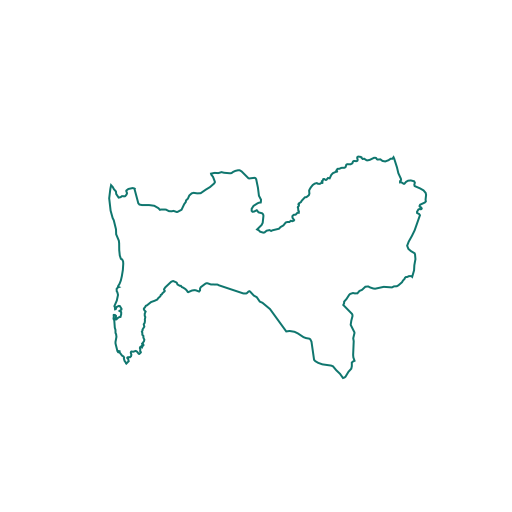 the district of Mogincual, Nampula, Mozambique, rotated 138°
{"feature_id": "85939544B68532442394498", "entity_name": "Mogincual", "entity_type": "district", "adm_level": 2, "iso_a3": "MOZ", "parent_name": "Mozambique", "parent_adm1": "Nampula", "projection": "mercator", "projection_center": [40.17, -15.431], "detail": "fine", "context": "isolated", "style": "outline", "palette": "teal", "viewbox_px": 512, "rotation_deg": 138, "n_neighbors": 0, "source": "geoboundaries", "source_scale": "gbopen_adm2", "svg_char_len": 6134}
<svg xmlns="http://www.w3.org/2000/svg" viewBox="0 0 512 512"><g transform="rotate(138 256 256)"><path d="M316.3,405.6L319.5,403.2L326.5,397.1L333.7,387.0L337.1,380.2L337.8,377.7L342.2,369.5L345.4,365.7L347.7,359.1L349.3,356.9L353.7,351.9L356.9,347.5L358.3,344.3L357.8,343.1L358.0,342.1L358.4,340.9L359.8,339.1L364.3,334.7L369.3,330.7L372.9,328.2L375.9,326.7L378.8,325.8L379.1,325.4L378.8,324.7L379.8,325.1L381.6,324.8L383.1,323.0L383.3,321.8L384.6,319.4L389.3,316.0L394.8,313.5L395.0,312.6L396.4,310.7L395.8,310.4L393.8,311.4L391.3,310.7L390.7,309.9L391.3,306.7L391.9,306.2L394.2,306.5L393.7,304.7L393.9,304.3L395.2,302.9L397.5,301.4L398.3,302.0L399.9,302.4L402.2,302.3L403.2,303.1L402.7,303.6L401.5,303.9L400.1,305.2L400.3,306.6L401.2,307.4L401.4,307.3L401.6,306.7L403.9,304.7L404.4,303.0L408.9,297.2L409.9,295.1L411.9,292.8L412.3,291.5L413.8,289.3L418.0,286.1L419.0,284.9L422.6,278.1L422.6,277.6L421.9,277.5L421.1,276.5L421.5,276.0L422.3,276.0L421.9,275.4L422.2,271.5L421.7,270.1L421.9,268.9L422.8,268.2L423.9,265.9L424.1,263.8L424.4,263.3L424.4,262.8L421.0,263.0L419.8,265.3L419.9,266.4L419.6,266.6L418.9,266.5L417.4,265.1L416.0,265.1L414.7,266.0L413.8,267.9L413.0,268.4L412.5,268.4L411.3,267.0L409.0,266.0L408.7,265.5L408.4,264.5L408.6,261.8L408.2,261.3L406.1,261.4L405.8,261.9L405.8,262.8L404.5,264.0L403.9,265.3L403.1,265.8L402.4,265.7L402.0,264.3L401.3,264.6L401.4,265.3L401.1,265.7L400.5,265.7L399.9,265.0L399.5,265.0L399.4,265.5L400.0,265.8L399.6,266.5L399.2,265.8L398.9,265.8L398.7,267.1L396.3,267.6L395.0,268.5L394.3,270.7L393.2,271.9L393.2,273.5L391.8,275.1L391.5,276.1L390.1,276.6L389.5,277.3L386.3,278.2L385.1,280.4L383.5,280.8L381.9,282.1L381.1,283.2L379.1,284.7L378.7,286.0L377.4,287.5L375.2,288.6L375.3,290.2L374.9,291.6L374.4,292.0L373.0,292.1L371.2,292.7L370.1,292.3L364.8,292.0L361.4,290.6L358.5,289.7L357.0,290.1L354.0,290.1L352.8,290.8L351.7,290.5L350.5,290.9L347.5,290.9L347.1,291.2L346.9,292.5L346.4,292.9L344.4,293.4L336.4,293.6L335.1,293.2L334.3,292.8L333.0,290.0L332.8,289.1L333.4,287.4L332.6,284.9L331.8,284.1L331.9,282.5L331.3,281.3L330.6,278.7L330.5,276.7L330.8,275.0L330.6,274.5L326.7,273.2L324.7,271.9L323.7,270.8L322.1,267.7L320.6,267.9L319.3,269.3L317.8,269.8L312.3,269.3L311.2,269.0L310.3,268.2L308.6,265.1L303.7,260.5L303.2,259.1L290.5,236.7L288.5,234.8L287.6,234.5L285.3,234.6L284.4,234.2L284.2,233.5L284.1,228.0L283.0,224.9L283.7,219.6L282.5,216.9L281.1,207.2L284.0,179.7L281.2,177.8L278.1,173.9L276.7,170.5L275.0,163.9L273.8,161.6L271.7,158.9L271.4,157.8L272.1,155.2L282.3,140.0L282.3,138.2L281.3,135.0L279.2,131.1L273.5,124.3L272.6,122.5L272.8,117.5L272.4,112.2L273.0,107.1L271.5,106.5L270.3,106.4L264.7,108.1L260.6,108.5L258.5,110.0L256.1,112.7L254.5,112.7L252.9,112.2L251.5,115.5L250.0,117.5L240.4,127.3L238.8,129.8L234.3,132.9L233.9,133.5L231.7,141.5L228.4,144.2L224.6,146.7L223.8,147.6L223.4,148.7L223.9,161.2L222.2,161.9L221.0,163.1L217.5,163.5L212.7,164.8L211.4,164.8L208.7,163.6L207.6,162.1L205.6,160.4L202.5,160.8L199.9,159.9L195.3,160.0L193.0,158.3L192.2,156.2L190.6,153.4L189.4,152.0L181.7,147.6L176.0,141.7L173.8,141.1L171.6,139.3L169.8,138.9L165.1,138.8L163.2,139.4L160.9,139.6L159.9,140.1L158.8,140.1L157.6,139.2L155.8,138.7L154.0,137.1L153.9,136.0L148.1,139.6L144.5,143.2L139.6,147.0L136.8,150.7L136.3,151.9L137.6,156.0L138.0,159.3L136.8,162.5L132.9,164.5L126.7,166.6L121.0,168.9L106.9,176.6L106.7,178.0L107.5,180.2L106.8,181.1L104.2,181.9L103.2,181.6L102.3,180.5L101.7,180.2L101.0,180.5L100.8,181.6L101.3,183.0L101.1,183.7L99.7,184.3L94.8,182.8L93.3,182.9L92.2,184.5L88.7,187.6L87.7,189.4L87.6,192.7L88.9,196.6L91.3,201.8L90.7,203.0L88.9,204.2L88.5,205.7L90.4,208.6L92.6,210.2L94.8,210.7L97.4,210.4L97.9,210.8L98.7,213.6L99.7,214.3L98.9,215.2L97.3,215.4L96.6,216.5L94.8,222.3L92.0,227.4L88.2,235.8L87.7,237.4L89.5,237.0L90.9,238.2L93.4,238.5L96.7,239.8L98.4,242.0L98.9,244.6L101.2,246.4L101.4,247.0L101.2,248.4L101.6,249.1L102.6,250.0L107.1,251.3L109.1,252.4L109.8,253.2L110.5,255.9L111.8,256.7L111.9,258.4L111.6,258.7L111.9,259.6L113.5,261.5L114.4,261.7L115.2,261.2L115.9,259.7L116.7,259.0L117.3,259.0L118.1,259.4L119.6,261.1L120.7,261.3L122.4,260.4L124.4,260.9L126.8,263.2L127.8,263.4L129.8,262.2L131.1,262.3L133.6,264.4L135.6,265.0L137.1,266.2L139.0,265.8L139.0,264.7L139.5,264.5L140.3,265.1L143.4,266.1L145.8,265.9L149.3,264.4L150.3,265.8L152.7,265.5L153.4,266.0L153.8,267.6L154.5,268.1L155.8,267.5L157.1,267.5L157.5,266.9L157.2,266.4L157.8,265.9L158.6,266.6L160.3,266.9L161.7,268.3L162.0,269.5L164.0,270.5L166.3,270.8L169.4,270.3L171.9,269.5L172.8,269.0L174.6,266.6L176.1,265.8L179.1,266.0L180.4,266.9L185.0,266.5L186.5,266.0L189.1,266.4L189.8,266.1L189.7,265.4L190.6,264.6L191.9,264.5L192.5,264.0L192.5,263.6L194.2,261.4L194.2,260.5L195.3,259.5L196.3,260.4L198.6,260.2L199.2,260.4L200.3,261.3L201.9,261.4L202.8,260.8L203.4,259.6L203.6,257.2L204.3,257.0L205.8,257.6L206.6,258.9L208.4,258.9L210.0,260.3L211.5,261.0L215.2,260.4L218.4,261.1L220.7,260.9L226.6,264.1L228.0,264.5L228.6,266.2L231.2,267.7L233.9,267.8L234.9,268.4L236.7,271.3L236.7,273.0L237.4,275.0L231.1,275.3L228.8,276.2L223.9,280.6L223.2,281.4L222.8,282.7L222.9,283.7L224.9,286.7L224.8,289.5L227.7,290.3L229.0,291.2L229.0,292.5L227.6,294.0L224.3,294.9L219.5,294.1L217.9,293.5L216.7,292.6L216.0,293.1L214.6,294.5L213.5,298.8L208.9,305.4L204.5,312.9L204.3,314.2L204.8,315.1L209.2,318.2L209.6,318.9L210.1,328.5L210.8,330.7L211.9,331.7L214.5,333.1L216.7,333.8L218.7,334.0L219.9,334.8L224.1,339.3L225.5,341.4L228.5,342.8L231.2,345.5L234.3,347.3L234.8,346.3L235.0,343.5L236.8,338.9L237.1,338.4L238.5,337.9L244.1,338.0L248.8,338.9L255.1,339.7L257.7,341.8L260.1,344.7L261.9,345.6L265.1,345.6L268.2,344.2L270.8,344.1L272.1,343.1L274.6,342.6L280.4,340.2L284.9,341.3L285.5,341.8L287.1,344.7L288.8,345.7L290.7,347.6L291.9,350.8L295.5,354.1L296.5,354.6L296.5,356.8L298.0,361.4L301.1,365.1L306.6,370.1L308.2,372.2L308.2,373.9L301.6,386.8L301.1,387.1L301.4,387.9L302.3,389.1L306.0,391.2L308.3,391.4L308.9,391.2L309.8,389.0L311.1,388.3L313.2,388.0L314.2,388.6L314.7,389.4L315.7,390.2L317.2,390.3L319.0,391.3L318.4,395.6L316.9,397.7L316.9,400.7L316.3,403.1L316.3,405.6Z" fill="none" stroke="#0f766e" stroke-width="2"/></g></svg>